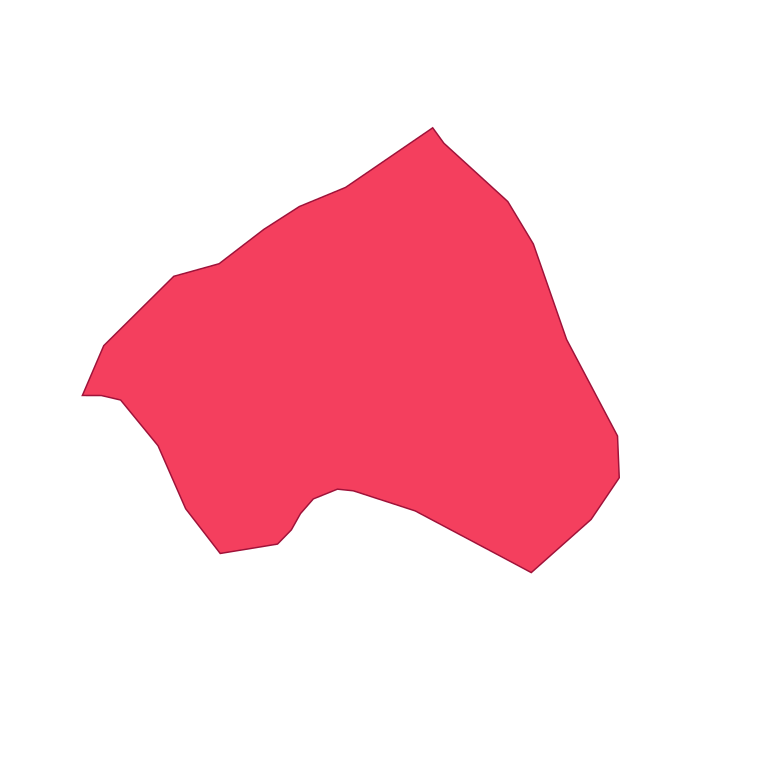 SVG path tracing the border of Rožaje, rotated 37°
{"feature_id": "MNE-1501", "entity_name": "Rožaje", "entity_type": "Municipality", "adm_level": 1, "iso_a3": "MNE", "parent_name": "Montenegro", "parent_adm1": "", "projection": "natural_earth1", "projection_center": [20.185, 42.858], "detail": "fine", "context": "isolated", "style": "filled", "palette": "rose", "viewbox_px": 768, "rotation_deg": 37, "n_neighbors": 0, "source": "natural_earth", "source_scale": "10m", "svg_char_len": 542}
<svg xmlns="http://www.w3.org/2000/svg" viewBox="0 0 768 768"><g transform="rotate(37 384 384)"><path d="M615.1,446.0L573.1,452.6L485.2,466.6L423.7,487.8L410.1,496.0L396.7,518.3L395.3,537.8L397.8,556.2L395.3,575.9L355.2,617.9L300.7,603.0L240.7,569.3L183.3,555.3L165.2,563.3L150.0,574.7L149.8,573.8L137.1,522.0L151.3,424.5L179.9,387.2L195.0,332.7L209.6,293.2L235.0,250.1L268.7,150.1L287.0,155.7L373.1,163.8L419.0,182.3L503.1,238.6L601.8,285.0L628.3,317.3L630.9,367.5L615.1,446.0Z" fill="#f43f5e" stroke="#9f1239" stroke-width="1.5"/></g></svg>